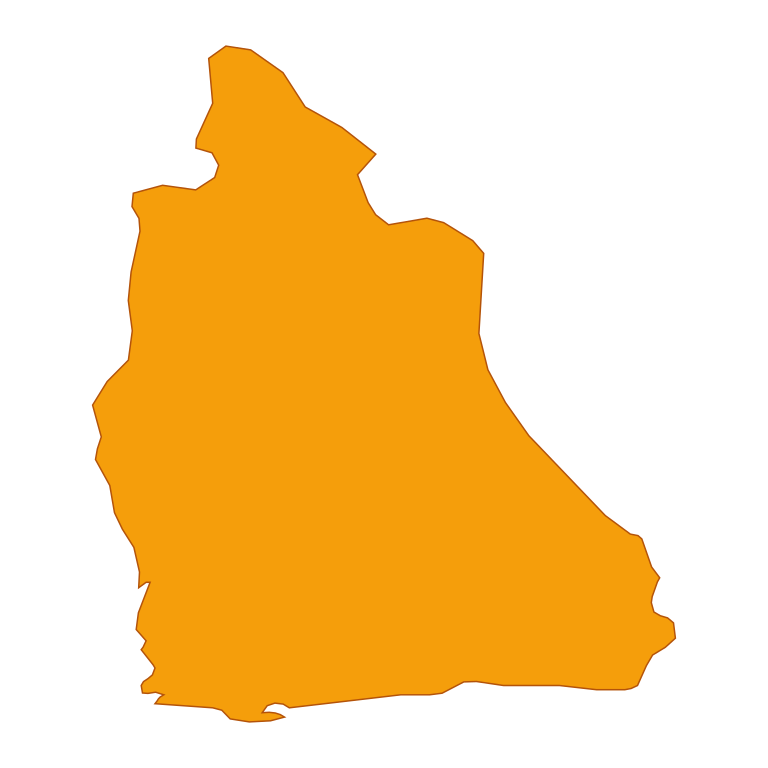 map outline of Akwa Ibom (Mercator projection)
{"feature_id": "NGA-2842", "entity_name": "Akwa Ibom", "entity_type": "State", "adm_level": 1, "iso_a3": "NGA", "parent_name": "Nigeria", "parent_adm1": "", "projection": "mercator", "projection_center": [7.82, 5.014], "detail": "fine", "context": "isolated", "style": "filled", "palette": "amber", "viewbox_px": 768, "rotation_deg": 0, "n_neighbors": 0, "source": "natural_earth", "source_scale": "10m", "svg_char_len": 1457}
<svg xmlns="http://www.w3.org/2000/svg" viewBox="0 0 768 768"><path d="M638.0,535.6L641.8,538.9L651.6,567.0L659.7,577.8L657.4,581.9L652.2,596.6L651.3,602.6L653.9,612.0L660.2,615.7L667.6,617.9L673.5,622.9L675.4,638.2L665.3,647.3L652.6,655.0L646.4,665.6L637.5,685.5L631.1,688.5L624.9,689.7L596.5,689.7L559.4,685.5L503.5,685.5L476.4,681.5L463.8,681.9L442.1,693.2L429.5,694.8L400.7,694.8L289.3,707.8L283.2,704.1L274.9,703.1L267.2,705.7L262.2,712.7L269.2,712.3L275.3,713.0L280.3,714.6L284.5,717.1L270.5,720.8L249.3,721.9L230.2,718.9L221.8,710.2L212.7,707.8L155.0,703.7L157.1,701.0L158.4,698.9L160.2,697.0L163.8,694.8L155.6,692.2L147.9,693.4L142.5,693.0L141.2,685.5L143.5,681.6L147.9,678.7L152.4,674.9L155.0,668.0L153.1,664.8L141.2,649.7L143.1,647.2L146.1,640.8L136.2,629.5L138.4,612.8L150.1,582.3L146.1,582.3L138.7,587.7L139.5,572.0L133.9,547.4L122.4,529.2L114.5,512.7L109.8,485.5L95.5,459.5L97.4,448.8L101.3,436.9L92.6,405.1L107.2,381.5L128.4,360.1L132.3,330.8L128.3,300.5L131.1,272.0L140.0,231.2L139.0,218.4L132.0,206.6L133.3,193.2L162.6,185.3L195.7,189.9L214.7,177.5L218.7,165.2L212.0,152.8L195.9,148.1L196.4,139.0L212.7,103.3L208.7,58.4L225.9,46.1L250.7,49.9L283.0,72.7L305.2,107.0L341.9,127.5L375.8,154.1L357.5,174.7L368.1,202.6L375.6,214.7L388.6,224.8L426.9,218.2L443.8,222.7L472.8,240.7L483.7,253.4L478.9,333.5L487.9,369.8L505.4,402.5L528.8,435.7L605.3,515.6L630.3,534.1L638.0,535.6L638.0,535.6Z" fill="#f59e0b" stroke="#b45309" stroke-width="1.5"/></svg>